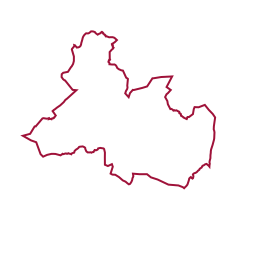 outline of Hawul, Borno, Nigeria, rotated 32°
{"feature_id": "59680162B65118596491840", "entity_name": "Hawul", "entity_type": "district", "adm_level": 2, "iso_a3": "NGA", "parent_name": "Nigeria", "parent_adm1": "Borno", "projection": "natural_earth1", "projection_center": [12.218, 10.459], "detail": "fine", "context": "isolated", "style": "outline", "palette": "rose", "viewbox_px": 256, "rotation_deg": 32, "n_neighbors": 0, "source": "geoboundaries", "source_scale": "gbopen_adm2", "svg_char_len": 4872}
<svg xmlns="http://www.w3.org/2000/svg" viewBox="0 0 256 256"><g transform="rotate(32 128 128)"><path d="M38.5,86.2L39.1,86.9L38.6,90.7L38.7,91.1L44.2,96.0L46.6,99.9L47.5,102.8L47.6,105.7L47.4,106.5L47.3,112.2L43.8,115.5L43.3,117.5L44.7,120.0L47.1,121.0L48.9,121.2L49.4,121.0L60.8,125.0L64.2,123.3L60.7,135.6L60.2,136.8L60.2,137.0L60.0,137.3L59.8,140.1L58.5,144.8L56.9,148.5L56.2,150.6L55.6,151.9L55.1,153.6L60.1,155.7L60.0,156.3L60.1,156.7L60.1,157.1L59.9,157.7L59.8,158.0L59.9,158.4L59.6,158.6L59.6,159.0L59.6,159.3L58.9,159.7L58.6,160.1L58.4,160.4L58.4,160.7L58.6,160.9L58.6,161.1L58.3,161.2L57.7,161.2L56.9,161.7L56.4,162.2L56.3,161.6L55.8,161.4L55.1,162.4L53.9,163.3L51.2,164.4L50.4,165.2L48.9,175.4L48.9,175.5L48.5,175.6L48.0,176.2L48.1,184.8L43.0,190.3L52.3,189.9L57.7,188.7L67.7,196.5L71.2,197.3L73.7,193.6L76.9,190.4L80.1,188.5L85.3,186.9L86.2,184.6L86.7,184.7L87.6,183.8L88.4,182.8L89.3,182.3L89.8,182.3L90.1,182.1L90.4,181.8L90.5,181.4L90.8,181.0L91.3,181.0L92.0,180.8L92.7,180.5L93.8,180.3L93.7,179.7L93.9,179.2L94.5,178.4L95.4,177.4L94.9,175.8L95.1,174.8L95.4,173.8L96.0,172.6L96.3,171.8L96.5,171.1L96.6,169.9L97.2,169.3L99.4,167.6L101.0,167.4L101.7,167.4L102.3,167.6L102.8,168.3L104.0,169.2L105.1,169.9L106.1,170.0L106.7,170.1L107.5,169.6L108.5,169.0L109.2,168.4L110.1,168.3L110.6,167.3L111.5,166.7L111.4,165.9L111.4,164.3L112.1,164.0L112.6,164.0L113.4,162.9L113.7,162.2L113.5,161.1L115.0,159.6L118.1,158.3L118.9,158.5L121.4,161.0L124.0,165.3L127.9,171.4L131.1,170.9L133.5,167.2L135.6,168.9L137.4,175.9L139.4,175.8L142.0,174.4L146.4,174.4L151.4,175.2L154.3,174.8L157.0,175.2L158.6,175.3L159.3,174.4L159.4,173.4L159.4,171.7L159.1,169.9L158.4,168.2L158.3,167.1L158.1,166.1L156.4,164.1L162.4,161.0L168.6,157.1L173.6,157.7L180.4,156.0L192.3,154.6L201.2,150.0L205.9,149.1L207.5,149.3L207.8,147.8L208.2,146.4L208.4,144.5L207.9,142.4L207.5,140.8L207.0,139.1L206.7,138.4L206.9,137.3L207.3,136.3L208.3,136.7L209.5,136.7L209.7,136.0L209.4,135.2L209.0,134.2L208.4,133.6L207.7,133.1L207.7,132.3L208.2,131.2L209.1,130.2L209.8,128.6L210.0,127.1L210.6,125.7L210.4,124.6L211.0,123.3L211.4,122.4L211.2,121.3L211.3,120.4L211.8,119.9L212.2,119.1L212.5,118.3L212.8,117.7L213.7,116.8L214.4,117.0L216.3,117.2L217.5,117.6L216.9,116.5L216.3,115.0L215.2,113.8L214.6,112.3L213.9,110.0L212.3,107.3L211.4,105.3L210.5,103.7L209.9,102.3L209.1,99.1L208.7,97.5L207.2,92.6L206.6,91.1L203.6,85.8L202.5,84.6L201.4,83.7L199.9,81.0L196.3,72.9L192.5,71.2L186.9,69.8L180.9,67.7L176.9,73.0L173.4,75.0L173.8,77.2L175.7,81.8L173.9,86.4L172.8,87.0L172.7,87.1L172.6,87.5L172.6,87.8L172.7,88.0L172.8,88.1L172.9,88.5L173.0,88.6L173.1,89.2L173.1,89.3L172.3,89.4L169.6,89.7L169.4,89.5L168.1,89.5L167.7,89.4L167.2,89.3L166.8,89.5L166.5,89.5L166.3,89.2L166.0,89.0L165.8,88.6L165.5,88.2L165.2,88.1L164.9,88.0L164.5,88.2L164.1,88.3L163.8,88.3L163.5,88.1L163.4,87.7L163.2,87.3L162.8,87.1L162.4,87.1L162.1,87.2L161.5,87.2L161.1,87.4L160.7,87.3L160.4,87.3L160.0,87.3L159.8,87.3L159.7,87.4L159.5,87.6L159.3,87.8L159.1,88.0L158.8,88.1L158.5,88.4L158.3,88.4L158.2,88.3L157.7,88.4L157.5,88.6L157.5,88.9L157.3,89.2L157.0,89.1L156.6,88.9L156.2,88.8L155.8,88.8L155.3,88.8L154.9,88.8L154.5,88.9L153.9,89.5L149.2,86.7L147.1,84.3L143.1,82.1L142.8,79.0L143.4,77.2L144.1,73.1L139.0,72.8L138.1,60.9L129.1,67.2L123.3,72.3L122.4,72.9L122.2,82.6L118.9,86.4L112.7,92.8L111.9,93.1L111.2,97.3L112.2,101.5L107.3,100.1L106.7,97.8L106.6,95.2L106.0,93.7L105.0,92.6L101.9,86.4L101.5,86.3L99.8,86.3L93.3,82.0L92.5,82.3L91.9,82.6L91.1,82.7L89.1,83.0L87.1,82.8L85.4,81.7L84.0,81.2L82.8,81.3L81.7,82.1L80.1,83.0L78.6,83.7L78.5,83.3L78.4,83.2L78.1,82.9L77.9,82.9L77.7,82.8L77.5,82.7L77.4,82.6L77.1,82.6L76.9,82.6L76.7,82.5L76.6,82.4L76.4,82.3L76.3,82.2L76.3,81.9L76.3,81.7L76.2,81.5L76.2,81.4L76.1,81.2L76.0,80.9L76.2,80.7L76.3,80.6L76.2,80.4L76.1,80.2L76.2,79.9L76.3,80.0L76.5,79.9L76.5,79.7L76.4,79.7L76.2,79.4L76.1,79.5L75.9,79.6L75.9,79.4L76.0,79.2L74.0,76.1L72.2,73.3L72.7,70.3L72.8,69.9L72.9,69.6L73.2,68.8L73.2,68.6L73.2,68.4L73.1,67.9L73.2,67.6L72.9,67.5L72.7,67.4L72.5,67.5L72.1,67.4L71.9,67.2L71.9,66.9L71.8,66.6L71.6,66.4L71.5,66.1L71.3,65.9L71.2,65.8L71.1,65.7L71.0,65.8L70.9,65.9L70.9,66.0L70.7,66.1L70.3,66.0L70.2,65.9L70.2,65.4L70.1,65.2L69.9,65.1L70.1,64.6L70.4,64.3L71.3,62.2L72.0,59.3L68.7,58.7L66.9,59.1L63.8,61.1L61.6,61.5L60.7,62.1L60.3,61.9L60.1,61.6L59.9,61.7L59.6,61.6L59.3,61.3L59.1,61.2L58.9,61.4L58.6,61.4L58.2,61.2L57.7,61.1L57.0,61.1L56.7,60.6L56.2,60.5L55.8,60.8L55.5,60.8L55.3,60.6L55.2,60.3L54.9,60.3L54.7,60.6L54.3,62.4L53.9,62.9L53.3,63.9L52.8,64.9L51.6,64.8L50.4,64.7L49.7,64.5L49.1,64.2L48.7,64.3L48.1,64.4L47.0,64.7L45.5,65.6L44.8,67.8L44.3,68.7L43.4,69.3L42.3,69.9L41.9,71.2L41.6,72.7L41.6,74.0L41.7,75.0L42.1,76.4L42.4,77.2L42.7,78.3L43.0,79.3L43.3,80.5L44.0,82.2L44.2,83.6L43.9,84.9L43.1,86.0L41.9,86.9L41.1,86.5L40.2,86.5L39.4,86.0L38.5,86.2Z" fill="none" stroke="#9f1239" stroke-width="2"/></g></svg>